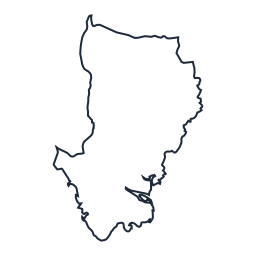 map outline of Dhaka (Robinson projection)
{"feature_id": "BGD-1806", "entity_name": "Dhaka", "entity_type": "Division", "adm_level": 1, "iso_a3": "BGD", "parent_name": "Bangladesh", "parent_adm1": "", "projection": "robinson", "projection_center": [90.348, 24.137], "detail": "fine", "context": "isolated", "style": "outline", "palette": "slate", "viewbox_px": 256, "rotation_deg": 0, "n_neighbors": 0, "source": "natural_earth", "source_scale": "10m", "svg_char_len": 5528}
<svg xmlns="http://www.w3.org/2000/svg" viewBox="0 0 256 256"><path d="M91.4,15.4L91.1,17.9L91.4,20.9L92.1,24.1L92.9,25.8L94.1,26.1L96.9,24.9L99.8,24.8L116.7,32.4L128.7,35.2L134.6,37.9L137.3,37.9L145.1,36.2L151.3,36.8L154.4,35.9L155.5,36.0L156.4,36.3L158.0,37.1L160.8,37.6L161.5,37.5L161.9,37.3L162.8,36.4L163.2,36.1L164.4,36.3L165.4,36.9L166.3,37.7L167.4,38.3L169.6,38.5L178.2,37.3L178.0,41.1L179.1,45.0L179.1,46.2L178.8,47.1L178.0,48.4L177.4,49.9L176.5,53.1L181.5,61.8L183.7,62.9L192.8,61.9L193.8,65.9L194.3,67.7L194.6,71.7L194.1,76.3L194.6,77.9L195.0,78.1L195.3,78.1L195.8,78.0L196.4,77.9L198.7,78.0L199.5,78.4L200.0,79.1L200.3,80.2L200.2,80.9L200.0,81.4L199.7,81.8L199.4,82.4L199.4,83.0L199.4,83.5L199.3,84.0L199.1,84.5L198.5,84.9L197.7,85.2L197.3,85.5L197.3,86.1L198.3,87.4L198.7,88.4L199.2,88.9L199.6,89.3L201.0,90.1L199.9,93.0L199.1,94.7L198.4,95.7L197.9,96.3L197.7,96.5L197.6,96.8L197.6,97.1L198.2,97.9L198.8,98.2L199.6,98.3L200.6,98.7L200.8,100.4L201.0,100.9L200.9,101.9L199.6,102.9L201.3,104.5L201.8,105.1L202.2,105.8L202.3,106.4L201.9,107.2L201.4,107.4L200.5,108.4L201.6,110.2L199.9,111.4L197.3,112.6L196.2,115.7L195.6,116.3L195.0,117.3L194.0,118.1L192.7,118.6L191.2,118.7L190.5,119.1L190.5,120.0L190.7,121.1L190.5,121.7L189.9,121.8L189.4,121.6L188.3,120.8L185.8,124.5L185.0,124.8L184.1,125.1L183.6,125.4L183.9,127.1L183.8,127.6L185.2,129.6L184.6,130.9L186.1,131.9L185.6,133.7L184.1,135.6L182.8,136.4L181.9,137.3L181.3,139.4L181.6,141.1L181.2,143.3L179.7,147.0L176.7,151.3L175.7,152.2L175.0,152.6L174.5,152.5L174.1,152.4L173.5,152.0L171.8,150.8L171.3,151.1L170.8,151.4L170.3,151.5L169.7,151.6L167.4,151.5L166.9,151.6L166.3,151.8L165.8,152.2L165.4,152.6L164.9,153.2L164.6,153.8L164.6,154.5L165.0,156.4L165.0,157.1L164.9,157.8L163.3,162.1L162.2,164.1L162.0,164.9L162.3,165.5L163.4,166.3L163.8,166.7L164.1,167.3L164.3,167.9L164.3,168.5L163.7,169.7L163.0,170.4L165.0,172.7L165.7,173.7L165.5,174.1L164.3,174.3L163.4,174.8L163.1,175.6L163.7,176.6L162.9,177.5L161.2,178.6L160.5,179.7L160.0,179.7L158.7,179.7L158.5,180.1L159.1,180.9L160.5,182.1L160.0,183.9L158.6,183.1L157.8,183.0L156.3,183.9L154.4,184.6L153.3,185.4L152.9,185.1L151.8,181.6L152.1,179.1L153.3,177.0L155.2,176.0L154.8,175.4L154.6,175.8L154.2,176.0L153.6,175.2L152.3,175.3L149.5,176.6L150.0,177.8L149.6,178.6L148.6,178.9L147.4,179.1L146.1,178.9L145.1,178.6L143.2,177.2L143.8,178.6L144.9,179.5L146.2,180.0L147.4,180.3L150.3,180.4L150.9,181.1L151.1,189.1L150.8,190.1L150.2,190.6L149.6,191.9L149.1,193.5L149.0,194.9L146.4,193.7L131.4,190.6L128.5,189.4L125.9,187.6L125.8,188.6L126.5,189.6L136.5,196.0L137.7,197.0L138.4,198.1L138.9,199.2L139.5,200.1L142.0,200.7L144.1,201.8L145.3,202.3L150.3,202.9L150.9,203.4L153.2,207.1L153.5,208.6L153.8,211.7L153.5,211.2L152.9,210.3L152.2,209.5L152.6,211.3L152.9,216.5L152.6,218.6L150.5,221.8L150.1,222.3L149.1,222.1L149.0,221.4L149.3,220.5L150.1,219.9L150.1,219.3L149.5,219.3L148.7,220.5L147.8,221.4L146.8,222.0L145.3,222.3L142.4,222.3L141.5,222.7L141.1,224.1L141.2,224.7L141.0,224.9L140.7,225.7L140.4,226.0L139.1,226.9L137.0,225.9L136.0,224.8L134.3,223.4L132.7,223.0L131.8,222.7L131.6,222.9L130.6,223.2L129.8,223.8L129.1,225.3L129.8,225.4L131.0,225.2L131.6,225.7L131.7,227.3L131.6,227.2L131.5,227.7L131.2,228.1L131.0,228.7L130.4,229.3L129.6,230.7L128.8,231.3L128.4,231.4L127.7,231.4L126.8,231.1L125.7,230.3L124.2,228.3L123.8,226.8L123.6,224.6L123.4,223.9L122.9,223.2L122.3,222.9L121.4,222.7L117.7,223.5L117.0,224.9L116.4,226.5L114.9,227.4L113.6,228.7L113.0,229.8L111.5,231.3L111.1,231.9L110.0,234.4L108.1,237.2L106.3,239.2L105.2,239.8L103.9,240.2L101.2,240.6L98.0,238.8L97.4,238.3L95.9,236.4L95.4,236.0L94.2,235.5L93.8,235.1L93.5,234.5L93.0,232.9L92.7,232.1L91.7,230.6L89.2,228.2L88.0,226.6L86.2,222.3L85.4,221.1L84.8,220.7L83.5,220.5L82.8,219.9L82.5,219.3L82.3,218.6L82.1,217.8L82.2,216.8L83.7,218.2L84.5,218.5L85.1,217.2L86.3,215.4L86.7,215.1L87.7,214.7L88.0,213.9L87.5,213.1L86.5,212.6L85.6,212.9L84.9,213.5L84.2,214.0L83.3,213.8L82.1,212.3L82.4,210.4L82.2,208.9L78.1,207.7L78.8,206.4L80.3,204.8L81.2,203.4L78.9,203.5L77.0,201.1L75.8,197.7L75.9,194.8L76.5,194.8L76.8,195.3L77.0,195.6L78.0,196.1L76.6,188.8L75.9,187.0L74.4,185.5L72.1,184.1L69.8,183.9L68.6,185.8L68.3,185.3L68.1,184.7L68.0,184.0L68.1,183.4L68.6,183.0L69.6,182.2L70.3,181.3L69.9,180.9L69.1,180.5L68.7,179.5L68.3,178.4L67.8,177.5L66.9,176.3L62.3,169.1L61.6,168.7L60.5,168.8L59.3,169.2L57.1,169.3L53.9,165.0L53.7,164.2L57.7,153.2L57.8,151.4L57.6,150.7L56.5,147.2L59.0,149.0L65.9,152.2L67.6,153.2L70.7,156.2L72.7,156.6L74.0,156.2L76.3,154.6L77.6,154.0L81.8,153.6L83.6,153.1L83.5,152.1L82.8,147.9L82.6,146.6L82.9,144.7L83.9,141.9L90.5,136.1L91.4,135.2L92.1,133.9L92.7,132.7L92.9,129.6L93.7,128.1L93.4,127.9L93.6,126.6L93.9,125.4L93.6,124.8L93.6,124.4L93.7,123.6L93.4,122.8L92.0,122.4L92.0,120.5L91.9,120.0L91.7,119.7L90.9,119.0L88.8,116.6L88.7,116.3L88.2,116.0L88.1,115.9L88.0,115.7L88.0,114.9L88.0,111.5L87.5,108.0L87.5,107.2L88.3,100.8L88.3,97.5L89.0,94.7L89.1,92.9L89.0,91.3L88.8,90.2L89.2,89.2L90.0,88.1L90.6,85.9L90.6,84.8L90.2,83.0L90.3,82.1L91.2,78.0L91.1,76.1L90.8,74.5L90.3,73.6L89.6,72.7L88.2,71.4L86.0,70.1L84.7,69.1L83.9,68.3L82.9,66.1L82.2,64.3L80.4,54.7L80.2,54.0L80.7,46.5L81.4,41.8L82.4,37.0L84.1,33.2L84.9,32.0L85.8,30.9L86.9,29.1L87.3,26.9L86.7,22.0L88.4,17.7L88.6,17.1L89.1,16.3L90.2,15.6L91.4,15.4L91.4,15.4ZM146.9,200.4L145.5,201.1L144.0,200.7L142.6,199.6L140.2,196.9L139.4,195.7L139.6,194.8L141.6,194.9L144.4,195.9L148.0,198.0L151.0,200.3L151.6,202.3L148.8,200.1L147.3,199.4L146.9,200.4Z" fill="none" stroke="#1e293b" stroke-width="2"/></svg>